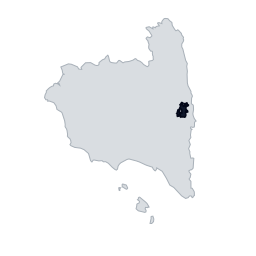 Spain, with Álava highlighted, rotated 77°
{"feature_id": "ESP-5801", "entity_name": "Álava", "entity_type": "Autonomous Community", "adm_level": 1, "iso_a3": "ESP", "parent_name": "Spain", "parent_adm1": "", "projection": "equal_earth", "projection_center": [-2.779, 42.851], "detail": "fine", "context": "in_parent", "style": "filled", "palette": "ink", "viewbox_px": 256, "rotation_deg": 77, "n_neighbors": 0, "source": "natural_earth", "source_scale": "10m", "svg_char_len": 6342}
<svg xmlns="http://www.w3.org/2000/svg" viewBox="0 0 256 256"><g transform="rotate(77 128 128)"><path d="M136.5,60.1L136.5,60.8L137.7,62.0L141.1,62.8L142.0,63.3L141.9,65.0L141.0,66.4L141.8,67.1L142.6,67.1L143.6,65.9L143.8,66.7L145.4,67.4L148.9,68.7L151.4,68.9L153.9,71.5L158.1,71.0L161.8,73.6L165.3,73.0L166.1,73.5L171.5,73.6L171.8,71.5L172.4,70.7L181.8,73.6L183.0,75.4L182.8,76.3L183.4,78.3L184.6,78.3L187.1,77.1L190.3,78.6L191.2,79.8L191.8,79.9L194.2,78.7L200.8,80.2L201.0,79.2L201.5,78.9L204.2,78.0L205.3,77.8L208.8,78.5L209.2,79.7L210.0,80.1L210.3,81.1L208.3,81.8L208.1,83.5L209.4,85.0L209.6,87.7L206.2,91.0L196.3,96.7L193.0,100.1L185.6,101.9L177.9,104.4L173.3,109.0L174.5,109.4L175.9,110.9L175.5,111.6L173.5,112.7L171.7,113.0L168.3,118.6L163.7,124.5L162.0,127.2L158.4,134.0L158.4,136.0L160.3,142.9L161.4,144.7L162.9,146.2L165.7,147.5L166.4,148.8L165.5,150.0L162.7,152.2L157.9,155.1L155.8,157.4L155.4,159.6L154.0,160.6L153.5,163.8L151.6,168.1L151.5,169.2L153.0,170.8L151.5,171.8L144.0,172.2L139.3,175.6L137.0,178.7L134.9,184.3L132.4,187.6L131.2,188.3L129.5,186.8L127.3,186.6L125.1,187.1L124.0,188.2L122.3,188.9L120.6,188.3L116.9,188.0L115.2,188.1L112.6,189.0L110.4,188.4L106.7,188.1L98.7,188.8L97.6,189.2L94.0,193.0L90.1,193.1L86.6,194.6L84.2,198.3L83.7,200.3L83.0,199.9L82.4,200.0L82.1,201.6L79.7,202.5L77.0,201.3L74.7,199.4L73.5,199.3L71.6,196.4L70.8,194.6L70.2,192.6L70.2,191.2L68.5,190.4L68.1,188.6L69.4,186.2L71.1,184.9L69.5,185.0L68.4,186.6L67.0,184.1L61.2,179.4L61.5,177.7L60.5,179.0L59.9,179.3L56.9,179.1L53.4,179.7L52.1,171.7L53.1,168.9L57.0,163.5L59.5,162.7L60.5,159.9L58.3,160.1L54.9,154.7L55.9,149.7L59.4,145.9L60.1,144.4L60.2,143.0L59.6,142.0L57.7,141.5L55.8,137.6L55.4,135.1L53.8,133.7L52.5,131.3L53.7,130.9L58.7,130.9L59.9,130.3L60.8,128.7L61.8,126.0L62.1,124.4L60.2,122.0L60.1,121.5L60.4,120.8L63.4,118.2L62.9,116.3L63.4,112.2L63.2,109.9L63.0,107.9L62.0,105.4L62.7,104.4L64.2,103.6L65.5,101.5L67.4,99.8L69.7,98.5L72.6,95.5L72.1,94.1L71.2,93.4L67.8,92.8L67.6,92.2L67.7,89.0L66.8,87.7L65.6,87.8L63.7,87.3L63.2,87.6L60.9,87.5L59.2,87.0L58.5,87.4L58.2,88.6L55.4,89.8L53.8,89.7L51.2,88.7L48.3,89.1L47.9,88.8L45.4,90.1L44.6,90.2L43.6,88.6L45.0,86.3L43.8,84.1L43.1,84.0L38.4,85.6L35.6,87.7L34.5,88.0L34.1,87.6L34.1,84.6L37.0,81.4L35.2,81.2L35.3,80.3L36.5,78.8L35.4,77.7L35.5,74.5L32.9,75.6L32.3,75.4L32.3,74.1L33.9,71.5L32.3,71.3L31.1,70.3L29.6,68.2L29.6,67.1L30.5,64.5L32.8,63.3L35.0,61.5L38.0,61.8L42.5,60.3L44.0,59.5L44.0,58.5L43.5,57.7L44.0,56.9L47.7,54.8L49.8,54.6L52.1,53.5L53.5,54.2L54.8,53.9L56.3,54.8L58.2,56.7L61.1,57.4L63.4,56.8L75.1,56.6L78.5,55.7L81.1,56.9L86.1,57.4L89.1,58.4L97.4,60.0L100.4,60.0L106.5,58.4L108.1,58.8L110.6,58.1L111.7,58.2L113.2,59.3L118.6,60.8L120.0,59.5L121.0,59.3L124.9,60.0L128.7,61.6L130.7,61.7L133.7,61.3L136.5,60.1ZM209.3,128.8L210.7,129.5L212.2,128.9L213.0,129.1L213.8,129.4L214.0,130.6L211.0,136.6L208.5,138.3L205.9,137.0L204.5,136.6L204.0,136.2L203.6,134.2L202.9,133.6L201.9,133.3L200.0,134.9L199.4,133.8L198.4,133.6L198.0,133.0L198.0,132.2L204.0,127.6L205.7,126.5L209.4,125.3L210.0,125.5L209.5,126.2L210.0,126.9L209.3,128.8ZM226.4,126.4L225.9,128.0L221.3,125.8L219.8,125.6L219.4,125.2L219.5,123.6L222.5,123.3L225.0,124.2L226.4,126.4ZM184.7,145.7L184.2,146.9L181.9,146.5L181.4,146.0L181.9,144.6L182.5,144.5L182.6,143.5L183.2,142.5L186.4,141.8L187.1,142.4L187.3,143.4L185.4,145.4L184.7,145.7ZM187.0,150.5L186.7,150.7L184.2,150.5L184.1,149.7L184.6,148.6L185.5,149.7L187.0,149.9L187.0,150.5Z" fill="#d9dde1" stroke="#a8b0b8" stroke-width="1"/><path d="M121.7,75.0L121.6,74.9L121.5,74.6L121.5,74.2L121.3,74.1L120.4,73.3L120.0,73.1L119.7,72.7L119.4,72.6L119.2,72.4L118.8,72.0L118.3,71.8L117.9,72.0L117.5,72.1L117.4,72.1L117.2,72.1L117.3,71.9L117.3,71.6L117.2,71.6L117.0,71.3L117.0,71.2L117.2,70.9L117.3,70.7L117.5,70.4L117.6,70.2L117.6,69.9L117.3,69.9L117.1,70.1L116.9,70.3L116.6,70.3L116.4,70.4L116.3,70.5L116.2,70.6L116.2,70.8L116.1,71.0L116.0,70.9L115.9,70.8L115.4,70.3L115.2,70.1L115.2,69.9L115.3,69.6L115.5,69.4L115.7,69.2L115.8,69.1L115.9,68.9L116.0,68.8L116.5,68.8L116.8,68.8L117.0,69.0L117.2,69.3L117.3,69.4L117.7,69.5L117.9,69.5L118.0,69.5L118.4,69.5L118.7,69.5L118.8,69.5L118.9,69.4L119.1,69.2L119.4,69.2L119.5,69.1L119.5,68.9L119.5,68.7L119.0,68.5L118.8,68.4L118.7,68.3L118.6,68.2L118.8,68.0L119.1,68.0L119.3,67.9L119.4,67.6L119.3,67.4L119.0,67.3L118.9,67.2L118.8,66.9L118.7,66.8L118.4,67.0L118.2,67.5L117.9,67.5L117.5,67.5L117.0,67.4L116.9,67.3L116.9,67.2L117.0,67.0L117.1,66.8L117.1,66.4L117.2,66.0L117.2,65.8L117.1,65.7L116.8,65.6L116.7,65.3L116.8,65.0L116.9,64.9L117.2,64.7L117.5,65.0L118.6,64.9L118.8,64.8L118.9,64.6L118.9,64.2L119.0,64.0L119.2,63.9L119.4,64.0L119.6,64.1L119.9,64.5L120.1,65.0L119.9,65.7L119.8,66.0L120.0,66.2L120.7,66.9L121.2,66.9L121.4,66.9L121.7,67.1L122.3,67.3L123.0,67.1L123.6,67.4L124.0,67.3L124.4,67.3L124.5,67.3L124.5,67.1L124.5,66.9L124.1,66.5L124.1,66.4L124.4,66.2L124.6,66.1L125.0,66.2L125.7,66.1L125.9,66.9L125.9,67.1L125.8,67.3L125.1,67.6L124.9,68.1L125.6,68.5L125.7,68.4L125.9,68.3L126.0,68.3L126.4,68.5L128.5,68.7L129.2,69.1L129.4,69.5L129.5,69.6L130.0,69.6L130.2,70.4L130.1,70.6L130.1,70.8L129.8,71.3L129.6,71.7L129.6,72.0L129.6,72.3L129.5,72.6L129.1,72.7L129.0,72.9L129.0,73.0L129.1,73.7L129.2,73.8L129.3,73.8L129.4,74.1L128.9,74.5L128.7,74.5L128.3,74.6L128.2,74.5L128.1,74.3L128.1,74.2L127.9,74.2L127.7,74.1L127.3,74.4L127.1,74.6L126.8,74.9L126.7,74.9L126.5,75.1L126.5,75.4L126.6,75.5L126.8,75.6L127.0,75.7L127.5,75.3L127.8,75.4L127.8,75.5L127.9,75.9L127.8,76.9L127.8,77.2L127.5,77.2L127.0,77.0L126.5,76.8L126.4,76.5L126.2,76.6L126.0,76.8L126.1,77.0L125.8,76.9L125.6,77.0L125.4,77.1L125.2,77.2L125.2,76.9L124.9,76.8L124.7,77.0L124.5,76.9L124.0,76.5L123.9,76.5L123.7,76.5L123.7,76.2L123.7,75.9L123.7,75.6L123.5,75.3L123.0,75.0L122.8,74.9L122.6,75.0L122.5,75.3L122.4,75.6L122.2,75.5L121.9,75.6L121.7,75.5L121.7,75.4L121.9,75.2L121.9,74.9L121.7,75.0ZM124.6,72.0L124.4,72.0L123.5,71.7L123.3,71.7L123.1,71.6L122.8,71.6L121.8,71.6L121.7,71.7L121.6,71.8L121.3,72.2L121.1,72.4L121.1,72.6L121.5,73.1L121.9,73.3L122.8,73.7L123.8,74.0L124.5,74.3L125.6,74.3L125.8,74.3L125.9,74.5L126.0,74.4L126.2,74.0L126.1,73.9L126.1,73.7L125.9,73.6L125.7,73.8L125.4,73.8L125.2,73.6L125.0,73.4L125.0,73.2L125.3,73.0L125.4,72.9L125.5,72.7L125.6,72.3L125.4,72.3L125.2,72.2L124.9,72.0L124.7,72.0L124.6,72.0Z" fill="#0f172a" stroke="#020617" stroke-width="1.5"/></g></svg>